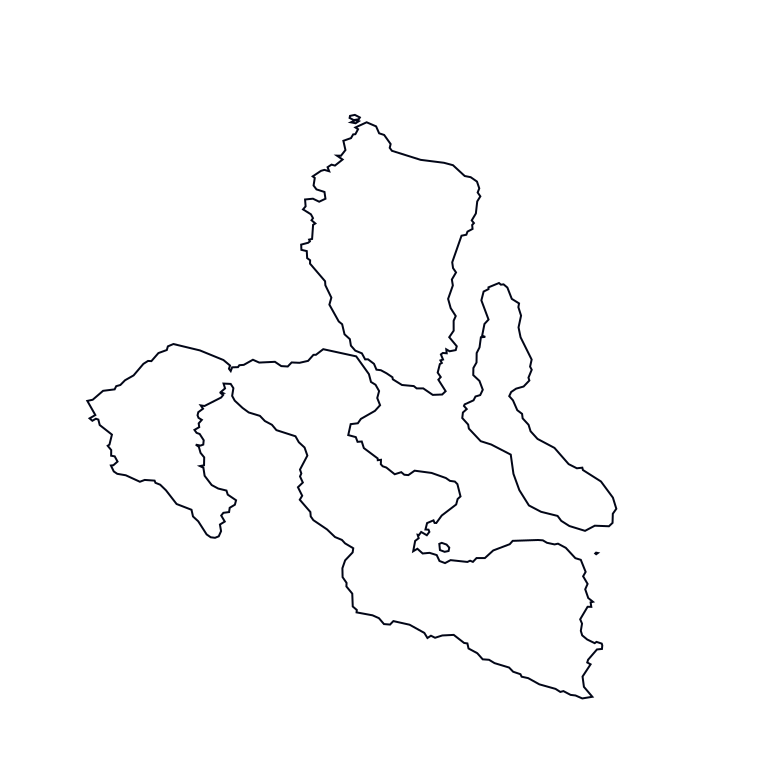 Flores Timur, Nusa Tenggara Timur, Indonesia, rotated 285°
{"feature_id": "22746128B68993103553012", "entity_name": "Flores Timur", "entity_type": "district", "adm_level": 2, "iso_a3": "IDN", "parent_name": "Indonesia", "parent_adm1": "Nusa Tenggara Timur", "projection": "equal_earth", "projection_center": [122.946, -8.35], "detail": "fine", "context": "isolated", "style": "outline", "palette": "ink", "viewbox_px": 768, "rotation_deg": 285, "n_neighbors": 0, "source": "geoboundaries", "source_scale": "gbopen_adm2", "svg_char_len": 6172}
<svg xmlns="http://www.w3.org/2000/svg" viewBox="0 0 768 768"><g transform="rotate(285 384 384)"><path d="M135.8,666.2L143.2,655.5L152.8,651.5L166.7,656.1L167.6,652.4L170.5,652.5L182.7,658.4L184.5,663.1L188.0,662.5L189.6,661.5L189.9,656.0L188.2,654.6L189.8,646.4L192.5,640.5L196.5,638.0L203.8,637.3L207.5,634.4L221.5,638.3L222.4,641.9L226.5,640.1L227.7,642.2L230.1,636.7L237.8,631.5L243.6,632.4L249.8,626.1L254.7,627.4L265.1,619.6L265.3,613.9L272.8,602.0L274.8,593.4L273.2,590.3L272.8,582.5L274.1,577.9L273.2,573.2L265.8,548.9L261.8,546.9L251.5,532.6L242.0,526.5L239.8,518.4L235.2,515.9L235.6,512.9L233.7,510.6L231.1,493.9L226.8,489.3L227.4,483.4L232.4,479.2L232.7,471.7L230.3,465.2L233.5,458.9L230.0,455.5L240.5,454.7L244.0,457.4L247.1,455.5L247.2,456.9L250.7,458.2L249.0,464.5L252.9,466.1L254.8,464.7L254.2,461.7L260.8,461.6L265.1,467.1L262.9,468.8L263.3,470.5L271.9,473.8L286.3,484.9L292.0,484.9L295.2,487.0L306.3,480.8L308.1,477.7L307.5,472.8L309.2,468.1L310.4,453.0L308.2,436.0L302.3,431.1L301.6,427.1L303.3,423.5L299.6,417.7L303.9,407.9L304.2,404.0L305.7,401.7L310.0,400.7L308.8,397.7L310.5,397.1L316.9,381.1L322.7,377.4L321.3,373.4L325.4,370.5L325.4,362.7L336.6,362.2L339.3,368.9L344.3,370.7L355.7,382.2L362.5,385.7L368.7,381.1L375.9,381.1L381.1,376.0L382.6,370.9L389.6,366.9L403.5,350.0L401.9,316.3L394.6,310.7L393.9,308.3L386.7,304.7L382.6,296.9L380.9,289.2L376.0,286.5L374.7,280.1L377.2,272.9L372.4,257.9L373.5,251.1L366.2,243.6L364.7,239.4L362.5,238.6L360.8,233.0L356.8,232.6L358.6,230.3L362.0,230.5L365.6,222.7L368.8,197.5L368.1,170.2L364.4,165.5L360.6,165.4L355.5,158.1L345.9,153.4L345.2,150.1L341.2,146.4L327.5,139.9L320.6,132.9L314.8,129.6L312.6,125.9L309.1,125.2L304.7,114.4L293.4,106.7L290.9,101.8L279.3,113.2L274.6,108.5L273.0,111.8L275.9,114.7L275.7,117.3L270.8,120.0L264.7,134.3L254.4,134.5L252.8,133.1L249.6,137.6L244.1,139.0L244.4,142.6L240.1,146.7L235.5,143.6L234.6,141.3L229.6,145.6L228.2,149.6L229.0,158.2L226.4,173.5L229.4,177.7L231.3,187.4L229.4,188.8L228.8,193.9L224.9,200.9L214.4,214.7L212.7,230.6L206.6,233.8L203.3,240.1L192.8,251.6L191.1,256.3L191.7,260.6L194.1,263.8L199.7,264.7L205.8,261.9L209.9,265.8L214.8,260.8L218.0,262.2L220.2,267.5L224.5,267.0L228.8,271.2L233.4,271.2L236.7,261.7L240.3,259.4L240.1,250.9L241.8,243.7L248.9,234.5L256.4,231.2L257.1,227.5L258.9,231.2L266.6,229.3L270.0,224.6L275.4,221.4L276.7,217.9L277.0,222.7L278.7,225.1L283.0,224.4L288.0,218.9L288.3,215.6L290.6,212.8L294.5,216.7L298.0,215.2L302.2,217.3L303.3,213.6L305.5,212.0L308.7,211.9L313.3,215.6L315.9,212.5L316.3,216.3L328.8,230.2L331.8,231.5L332.6,229.5L333.5,231.0L333.9,228.4L338.6,231.6L342.9,228.9L344.4,235.9L341.0,239.6L333.2,240.4L329.3,244.1L324.3,253.5L321.5,260.7L321.1,272.4L317.4,278.5L315.6,286.3L311.6,292.0L310.6,312.0L305.7,316.8L302.1,323.7L295.0,328.5L279.6,325.0L276.2,327.3L273.0,326.8L267.8,331.1L262.0,327.6L254.9,333.9L250.4,332.6L241.3,346.0L237.1,347.5L234.2,351.0L228.8,366.6L223.5,376.3L222.5,383.7L220.0,387.6L217.4,396.8L213.2,397.3L203.6,392.1L195.3,391.5L186.7,394.0L182.2,399.3L178.7,400.1L173.3,407.6L161.0,411.4L158.7,416.2L156.3,416.6L157.6,432.8L156.5,439.7L152.1,446.1L153.2,452.1L157.4,454.4L158.1,471.0L154.0,487.4L149.9,491.7L153.0,494.5L152.1,499.0L156.2,505.4L159.7,516.3L154.6,528.4L155.0,531.7L150.4,534.1L148.1,543.8L143.6,550.6L144.8,556.8L143.0,563.0L142.5,578.2L139.5,583.2L139.0,590.9L136.9,592.7L137.2,599.4L134.1,611.8L133.9,628.6L132.2,634.0L133.8,636.8L132.0,644.7L132.7,649.6L131.6,656.9L135.8,666.2ZM544.6,267.4L541.8,260.0L535.3,262.3L531.7,260.6L529.0,269.5L525.8,272.5L523.4,271.6L521.3,276.1L519.4,274.3L505.5,277.0L504.1,274.3L502.6,275.5L500.8,274.2L497.2,267.9L492.2,269.5L492.4,275.0L485.7,277.2L484.4,280.6L481.1,281.4L468.0,300.5L464.2,301.8L453.8,310.8L446.5,310.7L432.7,324.1L430.9,328.1L421.8,333.0L418.5,339.4L412.5,342.1L408.8,347.6L407.9,354.7L402.9,359.4L403.7,362.2L400.9,369.1L395.9,373.0L396.5,377.4L395.0,383.7L392.7,390.4L390.8,391.3L387.7,401.6L389.7,413.3L388.2,416.7L389.9,423.1L386.1,433.9L388.9,442.9L393.0,445.4L402.2,435.4L405.4,437.0L408.9,432.9L417.7,432.8L419.3,434.4L421.4,432.4L422.9,434.7L427.3,431.3L429.2,432.8L429.9,436.6L433.6,435.2L432.6,438.9L435.3,444.5L439.3,444.5L446.1,434.9L453.5,437.5L463.1,434.9L468.2,435.7L474.5,428.8L482.8,423.9L497.0,425.0L502.5,422.5L510.4,424.7L513.8,420.7L519.2,418.4L547.3,420.5L549.5,424.9L552.8,425.2L556.7,429.4L560.4,428.0L562.7,429.2L564.7,426.4L572.5,428.6L584.5,426.8L590.2,428.5L593.2,424.9L597.6,425.4L603.6,421.4L606.2,414.2L605.8,408.1L613.2,394.0L613.2,384.7L610.0,361.4L611.3,331.3L613.6,328.4L617.5,328.3L624.6,319.7L624.9,314.4L630.8,309.7L632.3,299.5L624.4,290.0L623.4,293.0L617.9,291.7L617.1,289.6L613.0,288.5L608.4,281.8L600.0,286.2L593.4,283.4L592.4,279.4L590.1,285.9L582.3,280.1L582.3,276.5L578.8,273.4L575.3,276.0L575.4,271.0L573.6,268.0L566.1,261.4L565.1,263.8L557.5,264.6L554.5,268.4L554.1,276.8L547.8,279.5L543.3,274.2L544.6,267.4ZM499.1,456.3L490.0,456.4L473.3,468.3L468.0,465.5L456.1,466.3L455.7,469.6L454.2,465.5L444.1,466.8L437.9,465.5L428.7,467.8L422.6,466.2L415.7,467.9L411.7,475.4L404.0,480.9L398.2,479.8L395.6,475.6L391.4,474.7L385.2,467.2L383.5,466.9L381.2,470.4L376.9,467.6L371.4,468.4L366.6,475.8L362.9,477.5L353.8,492.2L353.3,503.2L348.6,524.7L330.7,532.3L316.5,542.2L304.2,555.4L301.2,568.8L301.5,585.8L297.7,590.6L294.8,599.8L294.2,616.2L301.7,624.3L304.8,638.1L309.0,640.7L317.9,638.6L323.6,640.7L333.5,634.5L346.0,618.8L352.4,598.4L354.5,597.2L352.5,592.1L354.4,583.1L366.4,565.2L370.7,546.5L376.3,537.8L382.0,534.2L386.7,526.8L390.9,525.1L393.2,519.5L401.6,512.8L404.7,508.1L409.2,508.9L413.7,512.8L417.7,519.5L425.0,523.5L427.5,521.9L436.0,523.0L438.6,520.6L445.8,520.3L464.5,503.8L473.5,499.3L485.5,498.7L493.0,493.9L496.8,493.6L499.3,485.4L509.1,478.2L511.2,473.7L510.2,471.2L511.3,468.9L504.4,459.9L502.7,460.4L499.1,456.3ZM243.9,478.8L238.1,481.0L237.6,486.0L239.4,489.6L242.8,489.4L245.1,486.0L245.5,480.9L243.9,478.8ZM635.2,291.7L636.4,286.2L634.2,281.8L632.1,281.9L631.1,286.5L633.2,291.1L635.2,291.7ZM631.3,291.6L631.4,288.2L628.2,284.3L628.5,289.1L631.3,291.6ZM276.1,634.3L276.0,632.5L275.0,631.9L274.5,633.0L276.1,634.3Z" fill="none" stroke="#020617" stroke-width="2"/></g></svg>